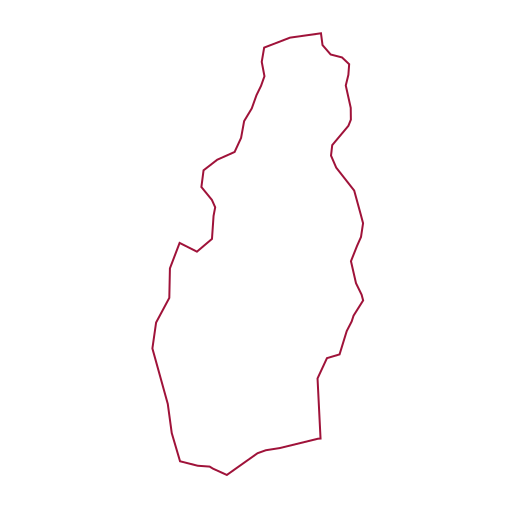 the Region of Guria, rotated 264°
{"feature_id": "GEO-3028", "entity_name": "Guria", "entity_type": "Region", "adm_level": 1, "iso_a3": "GEO", "parent_name": "Georgia", "parent_adm1": "", "projection": "orthographic", "projection_center": [42.215, 41.976], "detail": "fine", "context": "isolated", "style": "outline", "palette": "rose", "viewbox_px": 512, "rotation_deg": 264, "n_neighbors": 0, "source": "natural_earth", "source_scale": "10m", "svg_char_len": 947}
<svg xmlns="http://www.w3.org/2000/svg" viewBox="0 0 512 512"><g transform="rotate(264 256 256)"><path d="M393.4,365.7L381.7,364.6L375.8,361.5L358.3,343.4L348.0,341.1L335.5,345.0L310.8,360.5L285.8,364.6L277.4,365.9L263.9,362.4L255.6,357.6L240.9,349.9L218.5,352.6L207.0,356.8L206.4,357.0L200.6,357.9L186.5,346.8L180.9,344.3L171.9,338.4L149.4,328.8L147.0,315.9L140.0,311.7L127.8,304.4L67.7,301.1L67.8,298.5L62.5,259.5L61.8,245.5L59.7,236.9L41.3,204.1L49.0,191.0L51.4,187.9L53.5,176.1L59.8,159.0L88.7,153.7L118.1,152.8L174.9,143.3L200.3,149.7L223.4,165.4L252.7,169.1L277.0,181.4L266.5,197.7L277.6,214.0L300.4,218.0L308.7,220.5L316.4,218.0L330.3,208.9L346.7,212.8L355.8,227.5L361.7,245.6L375.0,253.5L391.4,258.3L403.2,267.2L415.9,273.3L424.7,278.8L433.9,283.2L448.5,282.0L462.4,285.9L469.6,312.6L470.7,343.9L458.8,344.2L448.6,351.3L444.5,362.3L437.0,368.7L426.5,366.8L416.2,363.1L393.4,365.7Z" fill="none" stroke="#9f1239" stroke-width="2"/></g></svg>